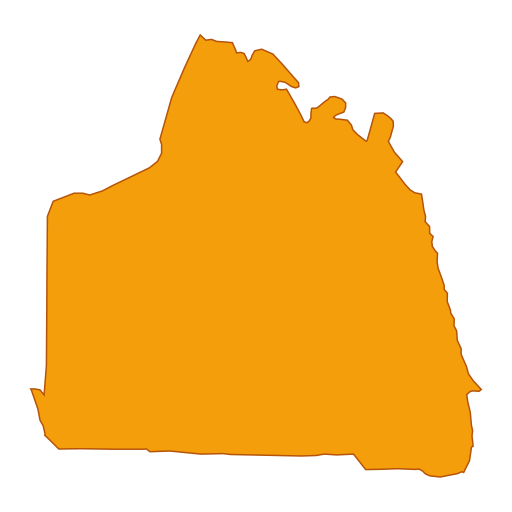 the district of Glio-Twarbo, Grand Gedeh, Liberia
{"feature_id": "62588387B48887094579275", "entity_name": "Glio-Twarbo", "entity_type": "district", "adm_level": 2, "iso_a3": "LBR", "parent_name": "Liberia", "parent_adm1": "Grand Gedeh", "projection": "albers", "projection_center": [-7.549, 5.712], "detail": "fine", "context": "isolated", "style": "filled", "palette": "amber", "viewbox_px": 512, "rotation_deg": 0, "n_neighbors": 0, "source": "geoboundaries", "source_scale": "gbopen_adm2", "svg_char_len": 2397}
<svg xmlns="http://www.w3.org/2000/svg" viewBox="0 0 512 512"><path d="M44.7,435.2L48.4,438.7L58.8,449.0L80.5,448.7L113.1,449.2L118.1,449.2L123.6,449.2L142.7,449.2L146.5,449.0L149.9,451.7L153.2,451.6L155.6,451.5L169.8,451.0L196.0,453.6L201.1,454.1L222.6,453.6L230.9,454.5L269.4,455.3L301.4,456.0L316.2,455.5L324.2,454.1L336.5,454.9L353.5,454.1L365.7,469.6L379.8,469.3L398.0,468.7L414.6,469.4L419.1,469.1L422.5,471.0L425.5,473.9L430.0,475.9L440.4,477.0L449.8,475.1L457.6,473.6L461.5,471.8L463.7,472.4L469.5,460.7L471.5,447.0L473.1,446.3L472.7,441.8L472.0,436.2L472.6,430.6L471.4,425.2L470.3,412.4L467.8,402.1L466.7,394.6L469.6,391.9L471.4,391.1L474.0,390.9L479.0,391.3L481.3,389.5L473.0,380.5L468.5,373.9L466.5,366.7L461.1,354.2L461.1,348.6L457.3,340.4L456.6,330.8L454.0,325.8L454.2,318.8L450.8,313.2L450.4,310.0L447.2,301.5L447.4,293.2L444.1,289.3L444.2,285.5L442.2,279.4L438.1,268.2L437.1,261.8L437.5,253.2L435.1,250.7L432.3,246.3L431.8,241.5L433.1,236.6L429.7,233.3L429.6,226.6L425.1,221.6L425.6,216.4L424.0,210.7L422.9,203.1L421.5,194.1L414.8,192.8L410.1,189.9L404.8,184.0L396.3,172.9L395.6,172.1L402.6,161.6L394.3,152.1L388.4,141.5L390.4,137.0L393.4,126.0L393.2,121.3L390.8,118.5L387.5,115.7L384.3,113.7L383.2,112.9L378.4,113.2L374.7,113.4L367.3,140.0L366.5,141.1L365.4,140.8L357.3,134.4L352.9,129.8L351.4,125.1L347.4,120.2L338.9,119.1L336.0,119.1L333.6,117.5L334.4,116.4L336.8,114.7L343.8,112.1L345.6,107.7L345.7,103.0L342.0,99.1L334.8,96.5L330.0,97.0L328.2,99.2L323.9,102.3L320.0,105.6L317.1,107.9L315.5,108.2L312.5,108.2L311.6,108.4L310.9,113.9L310.9,118.2L308.9,121.3L307.0,122.7L305.5,122.2L304.1,121.8L300.7,114.7L294.4,102.9L286.5,89.2L282.1,89.9L277.4,89.2L276.8,85.8L278.6,81.5L280.7,81.4L285.4,82.4L291.4,86.5L295.6,87.9L298.9,86.6L298.5,82.7L293.0,76.5L282.0,63.9L272.8,54.0L261.6,49.2L254.7,50.8L252.1,55.4L250.9,59.0L248.8,60.9L247.8,61.4L245.9,57.0L244.1,53.5L240.7,52.4L236.5,52.9L236.0,50.9L232.4,42.7L225.4,42.0L216.5,41.4L211.6,39.4L205.8,40.2L200.2,35.0L195.7,43.5L184.7,67.3L174.6,90.7L171.6,97.9L159.9,139.2L161.6,144.5L161.6,153.2L160.4,155.6L157.5,161.4L149.4,167.8L112.3,185.7L102.4,190.9L89.7,195.0L82.7,193.2L74.1,193.2L57.8,199.5L53.2,201.3L47.4,216.4L47.2,245.4L47.0,268.3L46.8,309.5L46.4,365.6L44.1,394.9L39.9,389.8L34.5,388.9L30.7,389.0L31.4,390.1L37.9,409.0L40.0,420.2L43.2,425.9L45.1,434.0L44.7,435.2Z" fill="#f59e0b" stroke="#b45309" stroke-width="1.5"/></svg>